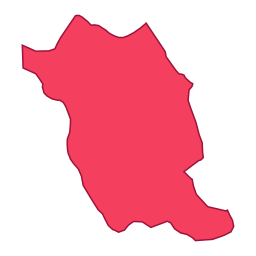 the district of Najrah, Hajjah, Yemen
{"feature_id": "15242507B62258600143859", "entity_name": "Najrah", "entity_type": "district", "adm_level": 2, "iso_a3": "YEM", "parent_name": "Yemen", "parent_adm1": "Hajjah", "projection": "albers", "projection_center": [43.546, 15.647], "detail": "fine", "context": "isolated", "style": "filled", "palette": "rose", "viewbox_px": 256, "rotation_deg": 0, "n_neighbors": 0, "source": "geoboundaries", "source_scale": "gbopen_adm2", "svg_char_len": 1556}
<svg xmlns="http://www.w3.org/2000/svg" viewBox="0 0 256 256"><path d="M146.1,23.1L145.1,24.1L140.2,28.2L133.7,32.7L127.5,36.0L123.3,37.5L119.0,37.5L115.8,36.5L112.8,35.2L108.8,32.9L106.0,30.3L102.4,28.0L98.5,25.5L94.3,24.9L91.1,25.2L87.4,21.3L86.3,20.5L82.5,17.3L79.3,15.5L77.1,15.4L75.4,15.8L60.6,37.6L60.5,37.8L57.5,43.3L54.9,48.8L49.0,50.9L42.6,51.0L36.1,51.2L35.8,51.2L22.3,45.2L23.1,68.0L35.9,73.8L39.4,78.8L42.9,84.1L42.4,87.1L44.1,93.0L47.2,96.1L52.1,98.9L56.6,100.0L60.4,100.5L63.4,102.5L66.1,107.2L70.5,119.1L70.4,125.0L69.7,132.5L67.3,139.2L67.2,144.5L67.6,150.3L68.3,153.7L69.3,156.0L70.5,159.2L73.7,163.7L78.3,168.9L81.5,176.2L81.8,178.0L83.2,185.4L90.6,197.7L95.6,205.7L98.3,210.0L102.5,213.8L102.8,214.4L105.1,219.3L108.2,225.3L112.6,229.5L114.8,230.2L115.4,230.6L116.2,231.0L118.6,232.2L124.4,230.1L128.6,225.0L133.5,221.5L142.2,221.8L150.9,227.4L164.3,222.4L167.3,221.2L170.6,222.8L174.7,228.9L180.6,232.9L186.9,234.4L192.3,237.5L195.4,240.6L206.2,239.8L212.4,239.4L218.5,237.3L221.9,236.1L224.4,235.1L230.9,231.9L233.7,226.4L232.5,220.5L232.0,219.4L229.7,215.1L227.4,210.1L226.1,211.0L207.7,206.7L196.3,194.4L193.4,185.9L192.2,179.3L190.4,178.1L183.9,171.7L191.3,166.1L198.5,160.7L200.9,159.9L203.3,157.6L202.6,152.2L202.5,149.6L202.2,142.8L199.2,134.9L197.5,128.3L195.7,121.6L195.2,120.4L190.3,107.0L188.1,100.3L188.7,93.4L189.1,89.7L190.2,88.7L192.3,85.9L192.7,83.6L190.6,82.6L185.3,77.8L183.9,75.0L181.7,74.2L178.9,73.8L175.5,69.9L166.1,56.7L165.5,53.1L165.1,51.5L146.1,23.1Z" fill="#f43f5e" stroke="#9f1239" stroke-width="1.5"/></svg>